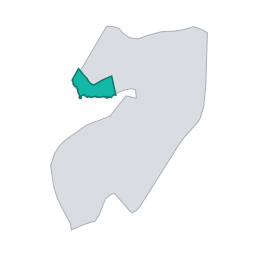 location of Djibouti, Arta, Djibouti, rotated 185°
{"feature_id": "41766387B83981523687012", "entity_name": "Djibouti", "entity_type": "district", "adm_level": 2, "iso_a3": "DJI", "parent_name": "Djibouti", "parent_adm1": "Arta", "projection": "equal_earth", "projection_center": [43.007, 11.493], "detail": "fine", "context": "in_parent", "style": "filled", "palette": "teal", "viewbox_px": 256, "rotation_deg": 185, "n_neighbors": 0, "source": "geoboundaries", "source_scale": "gbopen_adm2", "svg_char_len": 1929}
<svg xmlns="http://www.w3.org/2000/svg" viewBox="0 0 256 256"><g transform="rotate(185 128 128)"><path d="M187.1,167.1L179.3,183.3L169.4,204.0L158.1,227.6L151.1,227.7L145.6,226.4L141.8,222.4L134.1,218.0L125.4,217.7L117.0,221.8L102.9,226.9L90.2,228.5L80.0,231.3L71.5,234.6L63.8,232.8L57.2,229.8L55.8,204.8L54.2,177.6L54.4,156.3L56.8,144.7L58.9,140.1L70.9,123.9L75.1,117.3L88.8,90.6L100.6,67.7L109.4,50.6L112.1,47.2L115.8,43.9L118.4,44.9L135.5,61.4L138.5,60.9L144.2,55.8L149.4,38.2L153.1,31.7L154.6,31.9L165.6,27.0L175.5,21.4L176.8,27.2L191.8,50.9L196.7,62.5L201.8,83.9L199.1,95.8L195.2,103.5L189.4,110.5L169.4,127.4L147.0,138.2L132.8,159.9L122.2,158.4L123.8,166.6L127.7,167.5L133.9,166.0L146.2,159.7L157.1,156.7L168.9,156.4L179.6,159.1L187.1,167.1Z" fill="#d9dde1" stroke="#a8b0b8" stroke-width="1"/><path d="M143.0,159.6L148.8,178.3L157.9,173.4L165.2,168.2L167.3,168.1L170.2,169.8L173.5,174.1L176.5,176.6L182.4,182.8L187.9,170.8L187.4,170.4L186.7,169.0L186.3,167.1L186.0,166.5L184.3,164.9L183.1,164.9L182.8,164.7L181.8,162.8L181.6,162.2L180.6,158.4L179.6,157.2L179.1,155.8L179.1,155.3L179.3,154.5L179.2,154.0L178.9,153.6L178.2,153.1L177.4,153.5L177.0,153.9L177.1,154.2L178.2,154.2L178.4,154.5L178.4,154.8L178.2,155.2L177.0,156.1L175.6,156.7L174.5,157.4L173.9,157.3L173.5,156.2L172.8,155.7L171.5,155.2L170.8,155.1L170.4,156.0L170.0,156.2L169.5,156.1L168.8,155.5L168.0,155.3L166.2,155.6L165.7,155.7L165.1,156.1L164.2,156.7L162.9,156.2L162.3,156.7L161.8,156.1L161.4,155.9L159.3,156.2L158.7,156.2L157.9,156.6L157.1,156.5L156.5,156.6L154.9,157.2L154.1,157.0L153.5,157.4L153.3,157.2L153.2,156.7L152.9,156.6L152.6,157.0L152.4,156.5L152.1,156.4L151.9,155.9L151.6,155.8L151.5,156.0L151.7,156.8L151.4,157.1L150.8,157.1L150.4,156.6L150.1,156.6L149.7,157.1L149.4,157.3L149.0,157.1L148.3,157.2L147.9,157.0L147.4,157.0L146.6,157.9L146.2,158.8L145.9,159.2L144.7,159.8L143.0,159.6Z" fill="#14b8a6" stroke="#0f766e" stroke-width="1.5"/></g></svg>